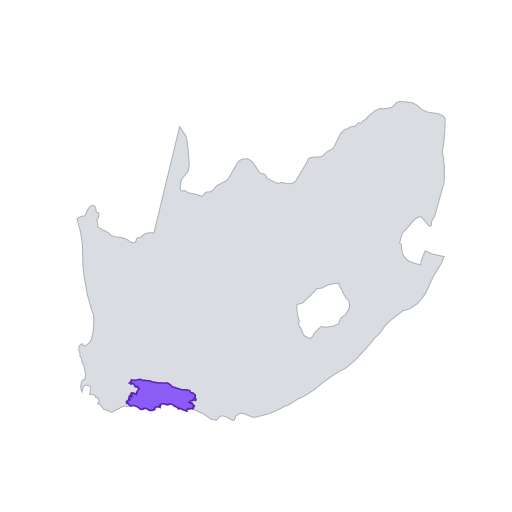 Eden, Western Cape, South Africa shown in context, rotated 14°
{"feature_id": "47623444B71894478343084", "entity_name": "Eden", "entity_type": "district", "adm_level": 2, "iso_a3": "ZAF", "parent_name": "South Africa", "parent_adm1": "Western Cape", "projection": "equal_earth", "projection_center": [22.286, -33.877], "detail": "fine", "context": "in_parent", "style": "filled", "palette": "violet", "viewbox_px": 512, "rotation_deg": 14, "n_neighbors": 0, "source": "geoboundaries", "source_scale": "gbopen_adm2", "svg_char_len": 8716}
<svg xmlns="http://www.w3.org/2000/svg" viewBox="0 0 512 512"><g transform="rotate(14 256 256)"><path d="M357.6,71.4L369.8,69.4L375.2,70.5L381.6,73.8L387.7,74.9L398.1,73.8L401.6,74.3L404.4,75.4L406.4,77.2L409.1,90.0L411.3,103.8L411.2,108.2L411.5,109.9L414.3,115.7L415.3,119.4L416.9,122.3L420.3,136.9L420.7,139.5L419.7,174.7L418.1,178.9L418.6,184.4L416.9,185.1L406.8,178.1L405.0,178.4L402.1,181.0L399.3,185.1L398.0,188.6L392.6,198.1L392.1,204.0L392.4,209.1L394.1,209.4L395.3,213.0L397.9,218.9L402.5,222.6L406.8,224.3L412.9,224.8L417.7,224.7L417.5,220.7L418.9,210.1L426.9,211.4L438.7,211.1L437.7,217.9L432.9,233.6L429.6,251.2L425.8,260.0L423.7,263.7L417.8,270.1L414.7,272.2L412.2,273.0L402.0,286.0L398.2,292.2L394.7,301.3L391.3,306.3L386.3,317.0L377.7,332.6L370.4,342.9L367.3,345.8L365.2,347.2L359.5,353.1L351.5,362.6L345.4,371.1L336.3,380.6L331.1,384.8L323.3,393.0L321.1,394.2L312.3,401.8L306.0,406.4L295.9,411.8L291.9,413.3L282.4,411.9L278.5,412.6L275.1,415.9L274.7,420.5L273.4,421.2L264.7,419.1L261.1,419.4L258.9,421.9L257.2,425.0L252.2,425.2L243.3,421.9L232.9,420.0L230.5,419.8L225.4,422.2L223.6,422.5L216.2,422.0L212.1,420.5L208.2,420.5L205.2,421.7L201.6,422.2L191.7,430.8L186.7,430.8L182.3,431.8L174.5,430.7L172.2,431.2L169.9,432.8L164.7,433.4L162.6,434.7L153.8,442.6L150.1,441.8L145.5,441.7L140.2,437.5L138.2,437.7L138.7,436.5L138.9,434.3L137.0,432.0L134.9,432.1L133.8,430.2L130.7,430.0L128.1,430.6L127.5,423.3L126.3,422.5L123.1,422.4L121.6,422.6L120.8,423.3L120.0,425.0L120.1,430.1L119.0,428.6L117.7,425.6L117.2,422.3L117.6,418.4L120.0,417.0L119.2,412.1L115.4,403.6L113.1,401.8L111.3,397.4L109.4,395.8L108.7,392.8L106.9,390.3L106.2,386.5L107.1,384.3L108.6,383.1L110.2,385.0L112.1,384.2L114.8,381.4L116.4,377.2L116.4,370.4L115.9,366.1L113.6,355.1L112.5,352.5L107.5,344.6L101.6,334.0L94.1,317.3L90.4,307.2L84.8,286.7L79.9,275.1L74.0,264.2L73.3,263.5L74.1,262.2L77.1,259.7L78.5,259.0L79.3,259.3L80.0,258.6L80.7,256.9L81.1,253.1L82.5,249.1L83.7,247.3L86.4,246.2L88.5,247.7L89.4,249.2L89.8,251.2L90.7,252.1L92.2,252.0L93.3,253.2L93.9,255.7L93.8,257.5L93.0,258.6L93.1,260.1L94.2,261.9L95.4,265.9L101.0,268.0L104.2,268.2L107.2,269.3L110.0,271.0L114.6,271.5L121.0,270.6L126.3,271.0L130.4,272.7L133.4,273.0L135.3,271.9L136.0,270.3L135.8,268.3L136.7,267.0L138.8,266.4L140.4,264.8L141.7,262.3L144.6,260.2L149.1,258.6L151.4,258.6L150.6,149.0L158.9,156.6L160.8,160.1L164.9,170.4L169.0,183.2L169.7,189.3L169.6,190.6L165.4,199.0L165.3,203.0L165.8,207.9L166.8,210.3L168.0,211.0L170.9,209.8L175.4,211.1L183.9,210.6L188.2,211.2L189.3,210.8L190.2,209.8L191.3,206.9L192.3,206.0L196.3,204.7L198.1,203.0L200.9,197.3L209.4,189.7L210.4,187.8L215.7,169.4L217.4,166.8L219.8,165.1L224.4,163.7L227.2,164.4L230.2,166.0L233.5,168.7L238.5,173.7L240.2,174.5L245.2,174.7L248.2,178.0L257.6,180.2L260.3,180.1L263.2,178.3L268.0,178.4L273.2,177.1L276.3,173.9L282.5,153.7L283.2,149.3L283.9,148.1L288.9,145.8L294.9,144.1L296.1,143.1L299.9,137.5L304.9,132.8L308.5,116.6L310.8,112.8L312.2,111.2L313.0,111.2L314.3,110.2L316.0,108.2L317.9,106.9L320.2,106.5L321.7,105.1L322.3,103.0L323.5,101.9L325.2,102.0L326.1,101.3L326.4,99.8L330.1,96.3L330.2,94.9L332.4,91.5L336.6,86.0L340.5,83.0L344.1,82.4L350.9,79.6L353.4,77.0L355.0,73.4L357.6,71.4ZM342.0,308.0L347.9,305.4L352.3,301.9L353.4,295.5L356.9,291.5L358.2,287.8L359.2,282.8L357.4,277.5L354.7,275.9L349.8,271.3L347.7,268.2L344.8,265.6L342.8,262.5L339.3,263.5L334.0,266.0L330.7,268.3L327.9,271.1L322.9,273.1L318.1,281.8L316.5,283.7L312.8,290.1L307.6,293.2L307.4,294.4L309.1,299.5L311.4,304.7L313.9,308.9L313.7,311.5L314.5,313.5L316.8,314.9L320.5,320.1L322.4,321.8L328.1,323.0L329.0,322.7L330.6,319.6L330.9,317.4L334.9,310.6L336.6,308.6L342.0,308.0Z" fill="#d9dde1" stroke="#a8b0b8" stroke-width="1"/><path d="M213.0,403.5L211.7,403.4L210.6,403.4L208.8,403.1L207.4,403.2L206.3,403.1L204.7,401.9L202.5,401.1L200.9,400.5L200.2,400.7L199.4,401.1L197.4,401.6L196.4,401.7L195.5,402.0L194.1,402.0L193.2,402.5L192.5,402.7L191.8,402.7L190.8,402.9L189.9,402.9L189.3,403.1L187.9,402.9L186.6,403.3L185.9,403.4L185.2,403.2L184.0,402.8L182.6,402.9L179.1,403.6L178.2,403.4L177.1,403.9L175.7,403.9L174.8,404.1L174.0,403.6L172.9,403.8L169.5,405.6L164.9,406.4L164.9,406.7L165.5,406.6L165.4,407.0L163.9,409.8L165.6,409.3L165.7,410.6L167.0,409.8L167.4,409.3L168.6,409.9L169.8,411.3L170.5,411.3L170.6,411.5L170.4,412.0L172.2,412.1L172.1,411.4L173.3,411.6L173.2,412.3L173.9,412.8L174.3,412.7L174.9,413.2L173.9,414.6L173.3,416.7L173.1,417.0L173.7,417.4L173.4,418.0L173.3,418.7L173.3,419.1L173.0,418.8L172.1,419.1L171.9,418.9L171.6,419.1L171.3,419.2L171.3,419.4L171.1,419.4L171.0,419.2L170.8,418.7L170.7,418.5L168.4,418.9L168.4,419.0L168.1,419.5L168.4,419.6L168.4,419.8L168.6,419.8L168.9,419.8L168.9,420.1L168.8,420.4L168.9,420.7L168.5,420.7L168.1,420.4L168.2,421.3L168.5,421.3L168.7,421.2L168.9,421.8L169.3,422.1L169.1,422.2L169.4,423.0L168.3,422.7L168.4,422.8L168.1,423.1L168.1,422.7L167.4,422.7L167.0,422.6L167.0,423.0L167.1,423.3L167.2,423.6L167.0,424.0L167.3,424.3L167.2,424.4L167.1,425.2L167.3,425.1L167.5,425.6L168.0,425.5L168.7,425.8L168.3,426.3L168.1,426.0L167.3,426.6L167.0,426.9L166.9,427.1L166.1,428.0L165.5,428.3L165.4,428.8L165.5,428.9L165.7,428.6L165.8,428.6L166.0,428.9L166.5,428.8L166.6,429.2L166.2,429.5L166.2,429.8L166.1,430.1L166.3,430.1L166.6,430.0L166.8,430.0L166.9,430.3L167.1,430.3L167.4,430.1L167.6,430.2L168.0,430.1L168.1,430.4L168.5,430.6L168.8,431.0L169.1,431.3L169.7,431.5L170.5,431.8L170.7,431.7L170.9,431.7L171.5,431.7L172.3,431.1L173.0,430.7L173.3,430.6L174.8,430.6L175.6,430.8L175.8,430.7L177.0,431.0L177.6,431.1L179.1,431.7L179.5,432.1L179.8,432.1L180.1,432.2L180.3,432.3L180.7,432.5L180.8,432.5L181.0,432.7L181.4,432.7L181.7,432.5L181.9,432.6L182.0,432.6L182.1,432.4L182.4,432.2L182.8,432.3L183.0,431.9L183.3,431.9L183.7,431.7L183.8,431.4L184.0,431.5L184.0,431.3L183.9,431.2L184.1,430.8L184.5,430.7L185.4,430.7L185.7,430.5L185.9,430.5L186.0,430.4L186.3,430.4L186.6,430.5L186.9,430.5L187.1,430.6L187.3,430.6L188.4,431.1L188.6,431.1L189.0,431.3L189.1,431.2L189.5,431.4L189.7,431.5L190.1,431.4L190.3,431.5L190.3,431.4L190.5,431.5L190.6,431.3L190.7,431.2L191.0,431.2L191.3,431.2L191.9,431.1L192.1,431.0L192.3,431.1L192.9,430.9L193.3,430.5L193.5,430.5L193.8,430.3L193.8,430.1L194.2,430.0L194.4,429.9L194.2,429.7L194.3,429.3L194.8,428.9L195.0,428.8L194.9,428.7L194.5,428.5L194.4,428.2L194.4,427.8L194.8,427.2L195.5,426.6L196.0,426.4L196.8,426.1L197.7,426.0L198.2,426.2L198.4,426.0L198.7,426.0L199.2,425.8L199.3,425.7L199.4,425.8L199.4,425.7L199.6,425.7L199.7,425.4L199.5,425.2L199.5,425.4L199.4,425.3L199.4,425.2L199.3,425.3L199.2,425.2L198.7,424.9L198.7,424.2L199.0,423.5L199.7,422.6L200.6,422.1L201.4,421.8L202.3,421.7L203.1,421.6L203.9,421.7L204.5,421.9L204.7,421.7L204.8,421.8L205.0,421.8L205.4,421.9L205.5,421.8L205.8,421.9L206.0,421.7L206.0,421.8L206.4,421.6L206.5,421.6L206.8,421.5L207.0,421.4L207.0,421.2L207.3,421.0L207.9,420.7L208.1,420.5L208.1,420.3L208.3,420.3L208.3,420.1L208.8,420.1L210.7,420.4L211.9,420.8L212.7,421.2L212.8,421.3L212.8,421.2L212.9,420.9L213.4,421.1L214.4,421.5L215.5,421.8L216.4,422.2L216.8,422.4L217.0,422.7L217.4,422.9L217.3,422.6L217.4,422.4L217.6,422.3L218.0,422.2L218.5,422.4L218.6,422.5L218.7,422.4L218.8,422.6L219.0,422.6L219.5,422.5L219.9,422.5L220.0,422.5L220.0,422.4L220.2,422.5L220.7,422.5L220.9,422.7L221.3,422.6L221.6,422.7L222.1,422.6L222.3,422.7L222.5,422.8L222.5,422.7L222.9,422.7L223.1,422.9L223.4,422.8L223.7,423.0L223.9,423.0L224.0,423.1L224.4,423.1L224.5,423.1L224.8,423.0L225.3,423.1L225.6,423.2L225.8,423.1L226.1,423.1L226.2,423.3L226.3,423.3L226.3,423.2L226.6,423.4L226.7,423.2L226.4,423.1L225.9,423.0L225.9,422.4L226.1,421.9L226.1,421.7L226.1,421.3L226.7,420.7L227.1,420.5L227.6,420.3L228.0,420.2L228.3,420.2L228.3,420.3L228.4,420.2L228.5,420.3L228.6,420.2L228.9,420.2L229.2,420.2L229.4,419.9L229.6,419.9L229.9,419.7L230.3,419.7L230.8,419.6L231.2,419.6L231.6,419.7L231.8,419.6L231.8,419.4L231.8,419.1L231.7,418.9L231.6,418.5L231.6,418.4L231.7,418.2L231.8,418.2L231.7,418.0L231.7,417.9L231.6,417.7L231.9,417.6L232.0,417.5L232.0,417.4L231.9,417.3L231.8,417.1L232.0,416.9L232.3,416.8L232.6,416.9L232.8,416.4L233.0,416.4L231.2,415.7L231.0,415.4L230.0,415.3L229.8,414.3L229.1,413.9L229.0,414.0L228.4,414.2L228.4,414.7L228.0,414.7L227.1,414.4L226.9,414.3L226.4,414.2L227.2,413.4L227.4,412.1L228.1,412.1L229.6,411.6L229.6,411.1L229.9,410.8L229.9,410.2L230.5,410.8L231.5,410.7L232.4,410.8L232.5,409.5L231.3,408.5L231.2,407.8L230.8,407.9L230.9,406.6L231.0,405.9L230.9,405.7L230.4,405.4L229.0,404.8L228.6,404.2L228.0,404.4L227.0,404.2L226.4,404.3L226.0,404.3L225.6,404.2L225.8,404.7L224.8,403.2L224.3,402.6L222.1,402.6L220.8,402.6L220.3,403.0L219.3,403.0L216.5,403.8L214.2,403.5L213.0,403.5Z" fill="#8b5cf6" stroke="#5b21b6" stroke-width="1.5"/></g></svg>